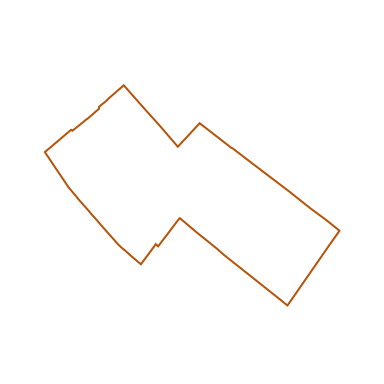 Colelia, Ialomita, Romania (Equal Earth projection), rotated 284°
{"feature_id": "2599482B37607377931604", "entity_name": "Colelia", "entity_type": "district", "adm_level": 2, "iso_a3": "ROU", "parent_name": "Romania", "parent_adm1": "Ialomita", "projection": "equal_earth", "projection_center": [27.004, 44.773], "detail": "fine", "context": "isolated", "style": "outline", "palette": "amber", "viewbox_px": 384, "rotation_deg": 284, "n_neighbors": 0, "source": "geoboundaries", "source_scale": "gbopen_adm2", "svg_char_len": 1826}
<svg xmlns="http://www.w3.org/2000/svg" viewBox="0 0 384 384"><g transform="rotate(284 192 192)"><path d="M190.2,344.4L190.5,343.6L192.8,338.7L196.2,331.3L196.9,329.9L204.6,311.3L208.2,303.3L209.6,300.2L216.3,285.6L217.6,282.5L228.2,257.8L235.0,242.0L244.3,220.6L244.3,219.6L254.0,197.7L260.6,182.8L254.3,179.3L248.0,175.9L244.6,174.0L232.5,167.3L240.5,156.0L248.5,144.7L260.7,126.6L265.3,119.9L278.1,101.3L279.0,99.9L278.8,99.8L278.4,99.5L277.7,99.1L277.3,98.8L277.0,98.6L271.1,94.4L263.2,88.9L262.9,88.6L262.6,88.6L262.4,88.5L258.8,86.2L257.4,85.1L256.0,84.0L252.5,81.4L252.1,81.3L251.7,81.3L251.1,81.5L250.6,81.6L250.0,81.4L246.1,78.7L239.0,73.8L237.1,72.3L236.0,71.2L234.4,70.2L234.1,70.0L230.5,67.2L226.4,64.1L222.5,61.1L222.6,60.8L223.1,60.0L223.1,59.7L222.2,59.0L218.1,56.1L215.9,54.5L206.8,48.0L205.8,47.2L204.9,46.6L201.5,44.2L198.8,42.2L197.7,41.5L197.7,41.4L196.7,40.7L196.1,40.2L195.4,39.7L195.1,39.6L194.8,39.9L189.8,45.5L187.4,48.1L180.9,55.3L176.7,60.0L173.7,63.3L171.2,66.1L169.0,68.5L166.7,71.0L166.2,71.8L166.0,72.1L164.3,74.4L162.3,77.1L160.4,79.8L158.6,82.2L157.7,83.3L155.6,86.3L154.9,87.3L152.8,90.5L149.1,95.8L146.9,98.8L146.5,99.4L145.5,100.7L144.6,102.1L143.6,103.6L141.3,107.0L139.1,110.0L134.0,117.4L133.3,118.4L130.2,122.9L129.0,124.7L127.4,127.0L126.6,128.3L125.1,130.3L123.0,133.4L120.7,137.7L119.5,140.2L118.4,142.4L117.4,144.3L116.5,146.2L116.4,146.2L116.3,146.3L116.2,146.5L116.0,146.9L115.8,147.3L115.7,147.4L115.4,148.0L113.6,151.6L113.5,151.9L113.2,152.5L112.9,153.2L111.5,155.9L110.1,158.8L109.5,159.9L111.9,160.9L119.5,164.1L132.6,169.5L131.1,172.3L148.0,179.6L159.3,184.4L163.6,186.3L163.7,186.5L157.2,199.7L154.9,204.3L143.1,229.8L139.3,237.0L138.7,238.2L109.9,301.5L106.9,307.9L105.0,312.1L173.9,338.2L189.9,344.4L190.2,344.4Z" fill="none" stroke="#b45309" stroke-width="2"/></g></svg>